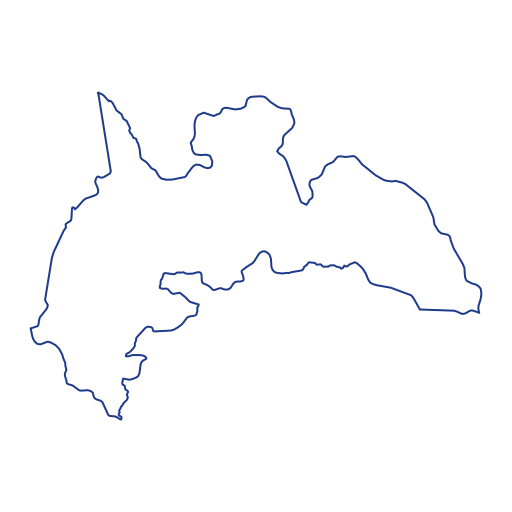 an SVG outline of Brong Ahafo
{"feature_id": "GHA-2159", "entity_name": "Brong Ahafo", "entity_type": "Region", "adm_level": 1, "iso_a3": "GHA", "parent_name": "Ghana", "parent_adm1": "", "projection": "albers", "projection_center": [-1.701, 7.588], "detail": "fine", "context": "isolated", "style": "outline", "palette": "blue", "viewbox_px": 512, "rotation_deg": 0, "n_neighbors": 0, "source": "natural_earth", "source_scale": "10m", "svg_char_len": 6034}
<svg xmlns="http://www.w3.org/2000/svg" viewBox="0 0 512 512"><path d="M102.0,177.7L103.8,177.1L109.9,173.5L110.8,171.4L98.6,95.2L97.9,93.0L98.7,92.6L99.1,93.2L100.6,93.6L103.4,95.2L108.8,101.1L109.5,100.8L110.7,101.1L112.6,102.9L116.5,110.4L121.5,114.3L123.4,118.9L126.6,120.9L130.1,128.1L129.2,130.7L130.3,132.9L132.0,134.9L133.4,137.8L135.9,138.7L136.5,139.8L136.7,141.0L138.3,144.0L139.6,148.9L140.6,157.4L141.9,159.2L145.7,161.7L147.6,163.5L151.4,168.2L155.5,170.4L159.0,176.3L161.3,178.5L166.2,179.7L172.1,179.6L184.9,177.0L186.3,175.7L188.5,172.0L189.7,170.9L191.3,168.5L193.6,165.9L196.3,164.6L199.6,164.9L205.0,167.6L207.9,168.2L210.4,167.5L211.8,165.7L212.2,163.2L212.1,160.8L209.9,155.7L205.7,154.7L200.5,155.1L195.4,154.3L194.0,153.1L192.8,151.2L192.1,148.8L191.8,146.4L190.7,143.0L191.3,141.7L193.2,139.5L194.5,136.6L194.9,134.0L194.5,125.8L194.7,122.9L195.3,120.1L196.4,117.4L198.2,115.1L203.7,112.7L213.7,116.0L217.7,114.2L219.4,113.7L220.7,112.4L222.2,109.2L223.8,108.2L225.5,107.8L226.6,107.8L234.5,109.3L235.9,109.4L240.7,108.7L244.5,106.9L245.5,106.0L247.0,100.0L248.3,98.4L250.5,97.0L253.8,96.6L261.0,96.3L264.2,96.8L266.0,97.8L270.6,102.1L277.3,106.6L280.8,108.0L283.7,108.5L288.6,108.7L289.7,109.0L290.4,109.6L291.2,111.6L291.8,114.6L293.8,119.2L294.3,121.4L294.3,123.5L292.4,127.5L291.6,128.5L284.7,134.7L283.9,135.8L283.3,137.0L282.9,138.6L282.8,143.0L282.5,144.6L281.4,146.2L278.9,148.4L278.1,149.5L277.2,151.4L279.3,153.7L283.0,156.1L284.9,158.5L286.3,160.9L300.7,201.2L301.4,202.4L306.4,204.7L308.3,202.2L309.4,199.9L311.9,198.1L312.3,197.4L312.6,195.8L312.4,191.8L311.7,189.9L309.7,186.4L309.5,184.9L309.7,182.4L310.7,180.5L311.8,179.7L317.3,178.1L319.0,177.1L321.9,174.2L324.7,167.3L325.8,165.8L328.1,164.2L332.6,162.3L334.4,160.5L337.0,157.3L337.8,156.7L338.9,156.4L341.3,156.4L345.6,157.0L353.0,156.1L354.6,156.5L356.3,157.6L358.5,159.9L361.8,164.1L375.8,175.4L383.3,179.7L385.7,180.6L391.3,181.4L393.7,181.3L395.1,180.8L402.8,182.8L405.4,184.1L424.3,199.1L425.9,201.0L427.4,203.5L433.3,217.2L434.3,223.5L434.7,224.9L438.4,230.9L440.7,233.0L442.0,233.5L447.5,234.7L449.1,235.7L449.8,236.7L450.4,238.1L450.5,239.8L453.8,248.7L462.8,264.0L464.4,267.9L465.0,276.8L465.9,279.5L467.0,281.0L472.0,283.5L475.7,284.5L477.7,285.6L479.4,287.1L480.7,288.8L481.3,292.9L481.3,294.7L480.7,298.8L478.5,306.0L478.3,308.4L479.0,312.7L472.6,310.5L471.7,310.4L470.8,310.5L468.7,311.4L466.3,312.9L464.3,313.7L462.6,313.9L461.5,313.7L456.9,311.6L454.1,310.7L419.9,309.5L413.9,298.8L411.3,295.4L410.5,295.0L390.7,287.7L376.6,285.2L372.5,283.9L370.5,282.8L369.6,281.8L368.2,279.5L365.8,273.6L362.7,268.6L360.3,266.2L357.1,263.4L355.5,262.5L354.4,262.3L353.3,263.0L350.5,264.0L349.3,264.6L347.3,266.4L345.6,266.4L344.8,265.7L344.2,265.8L342.8,268.0L341.4,268.7L340.9,268.5L340.3,267.5L336.7,266.7L334.1,265.3L330.2,265.4L328.6,266.5L328.0,266.6L323.4,266.7L322.1,265.9L321.0,264.6L320.4,264.3L317.0,264.7L316.3,264.4L315.1,263.1L314.4,262.9L309.4,262.3L308.5,262.6L307.0,264.7L304.3,266.7L303.1,269.3L302.2,270.2L299.7,270.8L291.8,272.1L289.0,273.0L286.4,272.9L283.4,273.4L280.5,273.3L277.3,272.9L274.8,272.2L273.3,270.7L272.5,269.6L271.7,267.7L271.4,266.4L270.9,258.4L269.3,254.5L267.7,252.9L265.8,251.8L264.5,251.3L262.8,251.3L260.3,252.5L258.9,253.9L254.5,260.9L252.8,263.0L246.4,267.1L242.0,270.5L241.6,271.3L241.6,272.0L242.9,275.4L243.7,279.1L243.1,280.7L240.3,281.5L237.2,281.5L235.5,281.9L234.4,282.6L233.0,284.0L230.9,287.5L229.9,288.4L228.1,289.4L225.9,289.6L223.5,289.2L221.5,288.3L220.5,288.2L219.0,288.4L215.3,289.7L214.0,290.0L213.1,289.8L212.4,289.5L210.7,287.5L209.1,286.2L206.1,284.5L202.8,283.2L202.1,282.0L201.8,280.5L201.5,274.5L200.7,272.9L199.6,272.3L197.8,272.2L192.7,273.6L187.6,273.8L185.4,273.4L183.9,272.5L183.2,272.3L181.0,272.6L177.7,272.5L176.8,272.7L174.8,274.0L172.9,274.2L166.5,273.2L164.7,273.2L163.7,273.6L162.1,278.6L160.9,280.1L160.6,281.6L160.6,284.0L159.9,285.9L159.8,287.8L161.4,288.5L163.0,288.8L166.3,288.6L167.7,289.0L171.2,292.9L173.1,293.9L178.9,292.9L180.0,292.9L185.6,297.4L189.1,301.2L190.3,302.0L198.6,304.5L198.5,305.6L197.2,308.0L197.4,311.0L196.4,314.4L195.5,315.3L193.0,316.0L190.1,316.3L187.8,317.1L186.4,318.5L183.2,322.8L181.3,324.8L177.7,327.5L174.0,329.6L171.4,330.5L154.9,331.4L153.6,331.3L153.2,330.7L152.3,328.0L151.7,327.4L150.7,327.0L147.7,326.7L146.8,327.0L145.2,328.1L136.6,337.5L136.1,338.7L136.1,340.2L134.9,343.2L134.8,346.0L133.4,348.3L130.7,351.2L129.2,352.5L126.8,353.7L126.3,354.2L125.9,356.0L126.6,356.3L128.2,356.3L133.0,355.0L139.8,355.1L142.5,355.4L144.0,355.9L145.2,356.6L146.1,357.6L146.3,358.2L146.2,358.8L142.9,360.7L141.4,362.2L140.6,364.3L139.5,372.9L138.3,375.8L137.4,376.8L135.2,378.0L130.9,379.5L129.6,379.7L127.8,379.5L123.4,378.6L123.0,379.0L122.3,382.7L122.4,384.2L122.8,384.7L124.6,385.6L125.3,389.3L127.5,390.8L128.1,391.9L126.8,394.8L127.6,396.6L127.8,397.8L126.9,399.8L123.3,403.5L122.2,405.6L121.0,406.8L120.2,408.9L119.2,410.6L119.6,412.7L118.9,413.6L118.6,414.9L119.4,415.8L120.8,416.3L121.3,416.7L121.5,418.1L121.2,419.4L120.2,419.3L117.2,417.4L115.0,416.4L109.7,415.9L108.3,415.0L102.4,402.2L101.0,400.9L96.0,399.2L94.7,398.1L94.0,397.2L93.5,395.7L92.9,393.0L91.5,391.5L89.8,390.7L87.4,390.2L82.3,390.6L80.5,390.6L79.0,390.2L73.1,385.8L71.9,385.2L68.2,384.2L67.0,383.4L66.6,382.8L66.5,380.7L65.3,377.2L64.8,374.6L65.1,373.1L66.4,369.8L65.3,365.5L65.3,363.1L63.0,357.5L62.3,354.7L59.1,348.7L55.6,345.2L51.5,342.9L49.5,342.1L48.0,341.7L46.6,342.0L40.7,344.3L38.3,344.1L36.6,343.4L34.5,341.3L33.1,338.7L32.2,336.0L30.7,328.4L37.7,326.1L38.3,325.1L39.5,318.3L40.2,316.9L46.4,309.2L47.6,306.5L47.7,304.7L46.2,302.4L45.3,300.5L45.2,299.0L52.0,257.3L53.8,251.8L63.6,230.9L66.0,227.4L65.6,224.9L65.7,224.2L66.9,223.1L69.9,221.3L71.0,220.2L71.4,218.7L72.0,208.5L72.4,207.5L73.3,207.4L74.2,208.0L75.0,209.2L77.2,207.4L83.4,200.3L85.9,198.5L93.9,195.8L96.7,194.4L98.0,192.7L98.2,190.3L97.3,187.0L95.5,183.1L95.2,181.4L95.8,179.2L96.7,177.4L97.6,176.6L98.7,176.7L100.4,177.5L102.0,177.7Z" fill="none" stroke="#1e3a8a" stroke-width="2"/></svg>